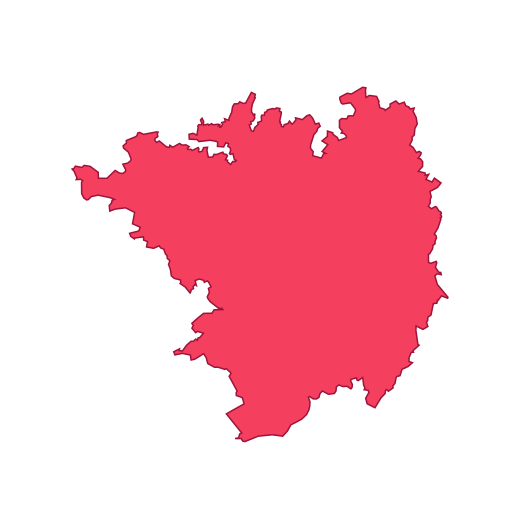 Ennis Lea-7, Clare, Ireland (Mercator projection), rotated 10°
{"feature_id": "5873133B50268153868150", "entity_name": "Ennis Lea-7", "entity_type": "district", "adm_level": 2, "iso_a3": "IRL", "parent_name": "Ireland", "parent_adm1": "Clare", "projection": "mercator", "projection_center": [-8.994, 52.844], "detail": "fine", "context": "isolated", "style": "filled", "palette": "rose", "viewbox_px": 512, "rotation_deg": 10, "n_neighbors": 0, "source": "geoboundaries", "source_scale": "gbopen_adm2", "svg_char_len": 6114}
<svg xmlns="http://www.w3.org/2000/svg" viewBox="0 0 512 512"><g transform="rotate(10 256 256)"><path d="M313.6,428.8L317.4,422.8L319.6,416.3L329.3,408.8L333.3,403.4L334.8,398.4L335.0,394.8L334.5,390.3L332.1,385.8L333.0,385.0L337.2,386.8L340.3,386.3L342.5,384.4L342.9,380.4L344.8,377.4L351.3,379.6L357.0,377.8L358.2,375.1L357.9,370.8L360.0,368.6L364.4,369.5L368.1,368.5L372.5,370.4L373.4,369.0L373.3,366.0L370.8,362.2L371.0,361.0L376.0,358.6L377.1,360.8L378.3,361.0L382.2,357.2L384.4,364.4L386.2,367.0L385.7,368.9L389.7,368.8L390.9,370.7L388.7,377.1L391.1,382.2L399.5,384.8L403.8,373.9L407.0,369.2L406.9,365.8L407.8,364.9L409.9,366.2L413.9,362.1L413.3,360.2L415.0,357.3L415.1,351.6L415.6,350.2L418.6,348.9L419.5,342.2L425.0,338.4L428.6,333.9L425.0,333.3L424.4,329.4L425.7,323.9L427.8,323.4L427.0,322.1L432.1,315.5L430.8,315.0L426.4,301.6L425.8,297.1L433.1,299.3L437.5,295.6L435.4,291.7L436.3,289.5L435.8,286.5L438.6,283.7L438.9,272.1L442.3,271.1L442.4,268.1L442.9,268.3L445.6,263.1L452.0,264.3L452.2,263.3L439.5,252.5L435.6,244.5L437.5,242.1L441.7,242.2L440.8,240.1L438.9,240.3L434.7,236.1L435.2,231.2L434.3,230.0L429.2,233.0L427.0,232.2L425.5,224.3L426.7,223.5L428.6,218.3L428.5,214.7L430.2,212.9L429.8,210.1L430.6,206.9L429.7,204.6L427.8,203.4L430.3,196.8L431.7,187.6L430.8,186.6L431.9,185.7L431.8,184.6L430.4,183.1L431.1,182.1L430.6,180.7L428.0,179.6L425.2,176.4L423.9,176.2L420.6,179.0L417.1,177.1L418.4,173.5L417.8,169.8L418.3,167.3L416.1,162.2L422.8,157.0L425.5,151.9L418.2,148.3L416.5,152.6L410.0,151.0L411.9,145.6L408.6,147.2L408.1,144.9L401.1,144.4L404.5,138.9L403.8,134.3L401.2,131.8L398.7,131.7L400.6,127.8L400.8,125.7L398.6,124.6L396.0,126.3L391.7,121.7L388.1,120.0L389.7,114.7L389.0,111.9L390.9,109.3L390.3,102.9L391.9,98.1L389.7,91.8L385.6,86.3L386.1,82.8L382.3,84.4L380.5,82.6L377.4,82.1L375.3,78.7L370.5,81.5L366.8,79.0L361.7,83.0L362.2,85.8L358.0,90.2L357.4,89.2L352.3,88.5L350.0,83.6L350.4,82.6L347.0,77.9L339.7,78.2L336.7,80.8L335.0,73.8L335.1,71.3L331.8,71.3L321.8,79.9L317.6,79.9L315.5,81.5L311.1,84.9L311.2,86.9L313.4,90.6L315.0,91.3L322.5,88.7L328.2,93.9L328.8,95.8L327.5,101.0L322.5,102.0L321.6,105.1L316.4,105.8L314.6,107.9L315.9,115.1L319.5,118.2L318.6,120.1L321.5,120.1L323.9,121.9L324.5,123.7L317.3,127.9L315.6,125.2L310.8,122.9L310.2,121.3L304.7,120.5L305.5,125.9L301.0,131.2L307.4,133.9L303.0,141.6L306.6,142.9L304.9,143.3L303.4,148.2L294.4,147.4L294.2,143.3L291.0,140.5L290.5,137.3L291.9,126.6L294.3,122.4L294.6,119.4L296.7,117.1L294.8,114.2L291.6,115.8L287.6,110.1L284.3,107.6L281.7,109.0L278.0,113.6L270.9,113.1L271.7,115.1L269.2,119.3L268.5,119.9L265.5,117.3L264.5,120.0L261.0,121.7L260.6,124.0L260.0,124.1L258.5,124.0L258.2,122.2L256.7,121.0L256.7,119.6L255.9,119.5L256.2,110.7L255.6,109.6L253.9,109.6L254.0,106.6L250.3,106.6L249.0,108.1L246.9,107.8L241.8,110.2L241.4,112.1L239.6,113.0L239.8,115.8L237.3,116.3L236.9,117.4L238.0,122.1L234.5,124.2L235.3,126.0L232.5,129.7L231.9,133.5L229.8,133.6L226.6,128.2L228.4,126.9L227.5,124.8L229.9,123.3L230.9,120.0L229.8,118.3L230.5,117.3L230.0,116.5L229.1,117.5L226.6,114.9L226.0,111.7L226.1,106.8L227.8,100.2L227.1,100.0L227.3,96.9L223.0,95.7L219.3,107.1L216.9,108.0L213.2,106.9L212.0,109.1L208.1,110.0L207.0,113.2L207.1,118.5L205.5,125.0L205.8,127.1L201.2,126.3L202.5,128.9L199.1,130.5L200.2,132.3L199.1,135.0L198.0,135.5L197.7,133.1L196.4,134.2L196.6,132.9L195.7,132.8L190.6,134.3L189.4,133.3L186.7,135.4L185.7,134.4L181.6,136.4L181.0,132.4L178.9,129.7L177.7,131.7L179.6,134.8L179.5,136.1L176.7,136.7L176.1,138.4L176.7,139.3L176.8,147.2L172.7,146.1L168.9,147.8L170.0,152.5L177.7,151.6L180.0,153.2L190.6,150.0L196.4,150.0L198.5,150.4L199.0,154.8L205.2,154.2L206.6,149.7L209.4,150.1L209.2,152.9L211.8,153.9L212.7,156.6L212.1,159.7L213.1,160.4L215.5,159.2L218.0,164.9L220.0,165.3L219.1,166.7L216.6,167.0L215.2,170.3L211.5,168.2L211.4,166.6L209.2,166.5L210.5,162.3L209.3,161.1L206.5,161.1L205.3,159.5L199.3,163.0L197.0,163.1L196.2,166.0L191.9,167.0L189.3,160.5L189.4,157.3L185.6,158.4L184.7,162.2L182.1,163.4L181.3,163.3L181.1,160.1L180.2,159.2L174.8,163.2L173.4,162.2L170.2,162.8L169.8,161.9L171.2,159.9L167.9,158.7L163.8,159.6L161.2,158.4L155.2,163.3L152.0,161.9L151.8,164.1L148.7,164.0L140.8,159.5L138.4,161.5L136.0,159.4L136.4,157.5L138.6,155.5L137.6,152.8L138.1,151.0L136.6,151.0L124.2,155.7L119.8,154.5L118.1,155.5L118.0,157.7L116.9,159.3L108.2,164.8L108.8,167.3L106.0,170.6L106.9,172.8L112.3,175.9L116.2,182.2L115.9,184.1L113.5,186.8L108.9,188.7L112.7,193.7L112.8,195.3L110.6,197.8L107.4,198.1L102.4,196.2L95.7,205.4L87.3,206.8L86.1,201.0L77.1,196.5L71.0,196.6L69.3,199.0L62.5,198.9L61.5,201.4L59.8,202.3L62.1,204.1L66.2,210.2L65.7,212.0L69.8,211.0L72.2,211.8L71.4,213.9L73.5,224.9L76.3,228.7L79.4,230.2L81.0,229.6L83.6,226.0L90.0,223.5L102.1,223.9L106.8,224.8L104.6,226.2L104.5,228.9L102.7,231.7L104.2,237.2L109.1,234.3L119.1,231.2L128.9,234.1L128.8,245.7L137.0,247.8L136.2,251.7L127.6,255.6L129.3,258.5L133.3,260.3L133.4,259.4L141.8,256.7L142.6,259.9L146.7,260.6L146.6,266.1L153.8,266.2L159.0,262.8L160.6,264.6L163.9,265.2L166.6,269.9L168.3,271.0L169.0,273.8L172.0,275.6L171.3,279.5L174.0,284.0L176.1,290.3L179.5,292.3L185.7,292.7L186.5,294.7L186.0,296.3L191.5,298.7L197.5,303.9L198.1,302.1L197.7,300.8L200.1,299.0L199.4,297.3L200.8,294.6L202.4,295.4L200.3,290.7L204.3,288.5L208.8,289.1L209.7,290.9L212.3,289.0L213.7,289.8L217.1,294.1L214.8,296.2L216.4,300.0L215.1,304.5L215.6,305.8L218.6,308.8L228.6,314.2L231.5,313.3L232.7,314.6L224.1,316.2L222.6,320.0L214.3,321.6L209.4,327.3L204.5,333.4L206.4,335.3L205.4,338.2L209.9,342.0L211.5,340.4L217.6,341.2L214.7,346.1L213.3,346.6L212.8,349.9L212.4,348.4L210.9,348.4L209.3,350.8L206.8,351.3L203.2,355.8L200.0,362.3L196.8,362.5L196.8,360.7L191.6,364.6L193.3,367.5L200.3,364.7L208.6,364.9L210.1,369.7L213.6,368.3L221.4,361.3L224.5,364.6L227.2,370.3L234.6,372.8L237.9,372.1L244.9,373.1L246.2,372.0L251.2,375.3L251.8,376.0L250.4,379.1L260.9,392.3L260.2,393.8L260.8,396.8L267.2,397.9L269.9,403.7L254.2,416.6L272.7,432.8L270.9,434.0L270.4,438.1L267.1,439.4L273.1,438.4L275.1,440.6L277.3,440.7L289.6,433.0L303.2,429.2L313.6,428.8Z" fill="#f43f5e" stroke="#9f1239" stroke-width="1.5"/></g></svg>